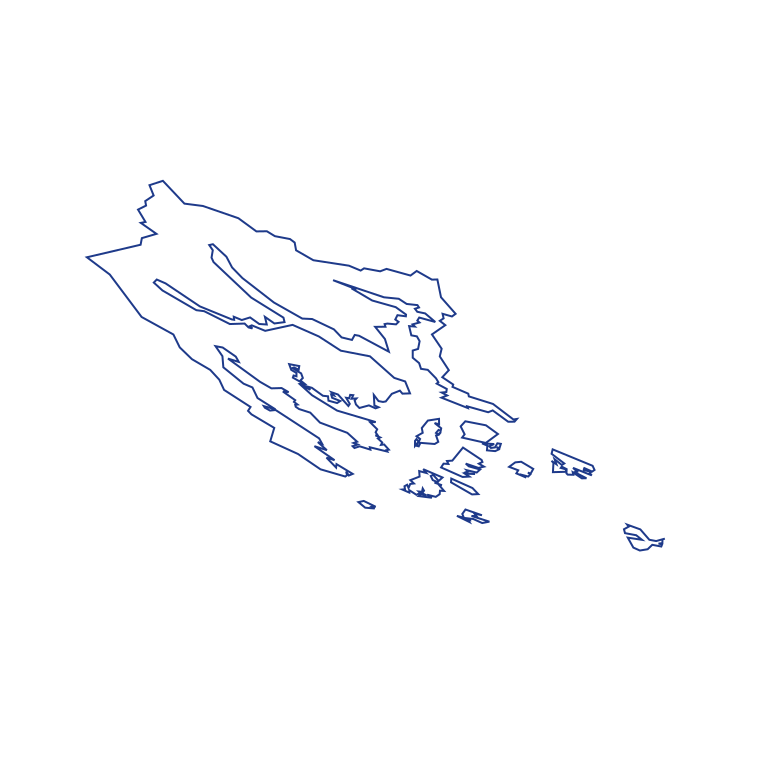 Rødøy nor, Nordland, Norway (Robinson projection), rotated 209°
{"feature_id": "86288312B63422016976384", "entity_name": "Rødøy nor", "entity_type": "district", "adm_level": 2, "iso_a3": "NOR", "parent_name": "Norway", "parent_adm1": "Nordland", "projection": "robinson", "projection_center": [13.227, 66.575], "detail": "fine", "context": "isolated", "style": "outline", "palette": "blue", "viewbox_px": 768, "rotation_deg": 209, "n_neighbors": 0, "source": "geoboundaries", "source_scale": "gbopen_adm2", "svg_char_len": 6161}
<svg xmlns="http://www.w3.org/2000/svg" viewBox="0 0 768 768"><g transform="rotate(209 384 384)"><path d="M455.7,278.7L425.3,281.1L398.2,278.6L373.0,284.3L372.1,286.3L374.7,289.1L370.4,286.9L367.8,290.2L386.7,290.9L385.4,287.7L398.6,291.7L390.3,293.4L414.7,295.9L401.9,298.4L413.7,301.1L409.1,301.7L414.4,305.0L466.2,308.7L470.8,305.5L476.7,305.5L478.4,306.4L466.6,309.2L487.8,310.4L497.4,317.2L507.0,316.2L532.6,320.7L538.8,330.0L549.7,335.4L542.8,337.7L526.9,336.1L521.7,332.9L532.8,330.6L493.5,325.8L480.4,325.6L471.6,330.8L463.4,330.6L468.8,328.4L453.8,326.8L454.1,324.7L449.7,324.1L451.5,322.7L450.2,321.3L446.2,320.9L434.6,323.2L421.3,319.2L392.4,323.5L379.5,320.5L382.0,317.7L377.7,318.3L381.3,314.4L378.8,313.7L375.1,317.7L364.1,320.0L365.7,321.8L348.4,326.5L349.8,327.3L347.9,328.9L354.6,331.2L357.1,329.3L357.2,332.0L362.9,333.4L361.4,335.4L366.6,334.9L364.7,336.1L367.9,337.7L368.0,341.1L377.5,343.8L372.8,346.7L412.1,338.0L441.5,339.3L457.8,343.1L455.2,345.3L466.8,345.4L467.2,347.6L464.3,348.3L465.9,351.2L472.0,351.4L476.6,355.4L466.8,358.6L465.6,355.2L470.8,354.8L471.8,353.6L461.6,353.1L457.9,349.9L458.8,346.6L452.9,345.6L454.6,344.2L450.3,343.1L445.7,343.2L449.4,344.7L445.2,345.7L431.7,344.1L427.0,346.1L424.5,342.5L415.8,344.6L414.0,347.9L422.7,346.8L425.0,349.1L422.2,349.7L426.0,351.3L419.1,352.5L404.5,347.5L404.3,350.0L410.4,353.6L407.5,354.7L408.3,358.1L405.5,359.3L405.2,355.4L401.1,358.0L401.7,355.4L398.6,352.5L393.9,351.1L386.8,358.0L379.6,358.6L377.5,361.0L382.0,360.6L387.6,369.5L380.5,366.4L376.2,367.8L374.0,369.6L372.4,379.2L366.9,385.9L363.2,384.5L356.7,388.4L366.7,396.5L378.0,394.3L409.7,401.4L437.9,392.2L464.0,394.0L492.6,391.4L513.7,372.9L528.1,371.2L529.3,369.6L526.0,368.8L529.9,367.8L535.2,369.3L547.9,361.7L576.6,360.5L583.9,357.6L623.1,358.4L634.5,361.1L633.4,365.2L623.8,366.1L582.7,362.6L548.4,366.7L546.2,367.5L548.0,370.0L539.4,371.0L533.4,377.3L522.2,376.0L515.4,379.2L520.7,385.0L509.2,383.8L501.0,389.9L504.1,393.3L542.1,395.2L592.2,408.0L596.1,410.9L598.6,418.0L604.2,420.8L601.4,423.3L583.5,418.9L573.4,412.3L559.2,408.0L519.8,401.9L487.2,401.6L478.3,406.0L454.3,407.5L443.7,404.2L433.4,407.0L433.4,412.7L429.2,414.1L395.4,414.6L405.0,423.8L419.4,429.7L410.5,434.8L412.5,436.7L410.3,438.5L402.4,442.0L401.4,445.4L405.4,445.9L405.6,450.7L397.7,453.8L398.4,455.4L411.0,456.9L434.8,451.3L458.8,451.9L454.0,453.4L478.9,450.1L426.1,459.8L412.4,465.7L403.0,465.0L393.0,469.2L390.5,467.9L393.4,464.8L389.9,463.3L382.2,465.7L369.2,463.1L385.4,459.2L385.6,455.6L382.8,455.0L387.9,450.0L384.9,449.2L390.1,446.8L383.7,439.8L378.3,441.6L373.6,438.7L371.2,431.2L375.1,427.2L371.6,420.9L363.4,419.3L359.0,415.2L352.6,417.6L341.3,414.2L337.3,411.9L338.1,409.9L326.7,410.1L325.6,407.2L329.4,404.5L323.2,404.6L327.1,399.9L299.0,403.6L300.4,404.8L279.2,409.8L276.1,413.6L257.1,411.2L251.6,414.3L250.8,417.9L253.6,415.7L279.0,419.4L303.8,414.3L305.6,416.4L322.7,414.7L323.2,417.1L336.3,418.2L334.0,427.5L348.6,435.2L350.7,442.8L366.1,450.6L358.9,465.2L365.8,466.3L363.7,470.3L366.8,473.8L357.3,476.0L355.4,480.1L376.2,487.5L388.0,501.3L392.7,498.5L410.2,498.7L413.4,491.7L437.6,485.9L442.0,480.7L457.5,475.5L459.4,471.9L472.0,470.5L505.8,458.0L525.7,458.3L530.7,464.4L536.5,465.2L551.1,460.4L560.5,460.8L569.6,455.6L591.7,458.4L628.7,451.9L646.0,445.0L675.9,454.5L685.5,444.2L676.9,437.2L681.5,428.2L678.6,424.7L683.7,417.3L671.2,410.1L674.8,407.0L655.8,405.0L666.5,394.2L664.4,387.8L705.3,350.8L676.9,346.8L628.5,325.1L592.2,325.2L580.4,317.0L564.0,312.6L542.8,312.1L530.1,307.9L521.0,301.3L489.6,299.2L489.9,294.6L485.2,293.2L458.7,292.4L455.7,278.7ZM316.8,300.6L309.2,301.3L310.4,303.4L301.9,302.8L299.6,306.3L301.5,306.8L298.5,308.1L299.5,311.4L297.3,310.1L297.7,307.0L292.8,307.2L298.2,305.7L299.3,302.8L287.0,307.7L292.6,308.1L284.0,310.4L281.9,314.6L283.3,317.8L279.6,319.6L287.6,322.6L284.2,323.6L292.0,322.2L288.5,324.2L294.8,323.6L298.5,326.2L297.0,328.4L289.2,325.7L287.5,330.6L308.4,328.5L303.8,326.7L311.0,324.9L308.0,320.3L314.3,312.7L309.6,311.5L312.6,309.3L312.1,304.9L314.9,307.1L316.5,304.5L314.6,302.1L316.8,300.6ZM293.6,338.7L270.2,340.8L264.5,344.4L269.8,344.8L260.7,349.4L271.1,344.8L268.3,348.2L270.0,348.7L260.0,351.5L258.5,355.8L269.9,353.1L273.9,354.0L260.7,356.4L256.5,360.2L262.4,360.3L260.1,363.5L261.8,364.9L284.1,366.7L287.1,350.1L291.6,347.2L288.9,345.3L293.3,343.2L293.6,338.7ZM204.8,408.6L203.6,404.2L187.8,401.9L189.2,399.4L198.3,400.9L194.3,397.4L200.2,398.0L197.6,397.2L193.5,388.8L182.5,395.3L183.3,397.6L188.7,396.3L188.5,397.9L183.0,398.1L181.1,394.3L179.4,393.8L174.4,396.4L176.1,398.3L165.3,397.4L161.2,399.7L174.6,399.3L172.7,401.0L178.0,402.3L158.0,404.8L160.8,405.8L160.1,407.7L168.4,405.3L165.3,406.9L168.9,407.5L159.5,408.3L158.2,410.9L161.9,413.6L204.8,408.6ZM289.7,375.0L266.4,381.8L260.1,395.5L274.8,397.3L294.8,390.8L296.4,384.1L289.1,379.1L289.7,375.0ZM103.1,378.9L100.8,377.9L103.7,373.3L100.9,370.4L90.1,374.0L82.8,372.8L96.3,367.8L86.6,361.8L79.5,362.4L73.3,367.3L71.4,373.4L62.7,376.3L63.0,378.6L66.5,377.5L63.4,379.8L65.1,383.1L63.4,384.9L69.8,378.6L76.4,376.4L89.3,381.1L103.1,378.9ZM326.9,344.9L326.0,349.5L325.3,345.8L323.4,346.3L323.6,350.2L310.6,356.1L308.5,359.7L313.5,364.2L311.5,366.1L310.9,369.5L312.2,366.2L314.8,366.4L314.0,370.3L311.7,370.5L312.5,373.0L320.8,374.4L316.3,375.5L319.0,380.2L327.9,373.3L329.6,363.8L326.5,360.1L330.2,354.1L325.8,353.4L325.6,350.2L328.9,351.6L329.3,349.3L326.9,344.9ZM224.9,370.0L214.2,371.1L221.7,370.8L213.0,373.0L212.2,376.0L215.2,376.3L212.3,376.7L212.3,382.1L226.3,382.5L231.2,379.1L234.4,372.2L224.8,373.6L224.9,370.0ZM256.3,304.0L242.5,304.7L245.2,306.1L242.6,306.6L243.0,307.2L247.7,305.3L249.3,305.6L240.5,309.2L230.7,310.0L225.1,314.7L243.5,311.0L239.1,313.3L242.1,314.5L234.7,316.7L251.9,313.7L252.5,308.3L249.4,305.8L256.3,304.0ZM277.7,330.5L253.5,330.1L248.2,333.4L256.2,335.9L279.3,333.9L277.7,330.5ZM261.8,375.9L254.2,379.2L251.9,382.4L254.8,383.4L251.9,383.9L252.8,388.3L256.1,387.1L256.2,382.3L259.5,379.9L261.8,380.6L258.5,384.9L269.5,379.6L263.7,380.2L261.8,375.9ZM340.5,266.7L331.8,270.6L334.8,270.8L331.8,272.6L345.0,271.9L349.1,268.3L340.5,266.7Z" fill="none" stroke="#1e3a8a" stroke-width="2"/></g></svg>